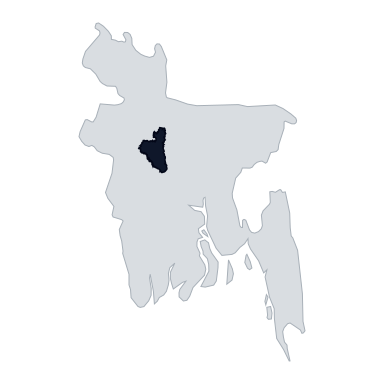 Sirajganj, Rajshahi, Bangladesh shown in context
{"feature_id": "16705992B55394931042500", "entity_name": "Sirajganj", "entity_type": "district", "adm_level": 2, "iso_a3": "BGD", "parent_name": "Bangladesh", "parent_adm1": "Rajshahi", "projection": "natural_earth1", "projection_center": [89.578, 24.399], "detail": "fine", "context": "in_parent", "style": "filled", "palette": "ink", "viewbox_px": 384, "rotation_deg": 0, "n_neighbors": 0, "source": "geoboundaries", "source_scale": "gbopen_adm2", "svg_char_len": 9093}
<svg xmlns="http://www.w3.org/2000/svg" viewBox="0 0 384 384"><path d="M129.0,284.9L129.0,274.3L122.7,253.4L123.0,251.1L121.7,241.0L120.1,235.5L119.3,229.5L123.1,221.0L121.6,219.6L113.1,217.0L112.1,214.8L113.9,206.4L107.9,198.4L105.5,192.5L112.0,173.3L113.6,159.9L113.2,157.4L109.2,154.4L102.2,153.2L97.2,150.7L94.3,146.9L91.9,145.4L88.9,146.5L85.0,145.0L81.7,141.3L79.0,136.7L80.1,131.7L85.3,119.9L87.2,119.6L91.6,121.9L93.2,121.9L96.1,117.2L100.2,103.9L114.4,105.1L117.8,104.7L121.4,103.6L123.3,101.9L124.4,99.8L124.0,98.0L119.7,95.5L118.0,93.6L116.8,88.3L115.5,86.3L107.0,86.0L102.5,83.6L100.1,81.4L95.8,74.1L90.4,68.8L85.3,67.5L83.3,65.8L82.3,63.0L82.9,59.0L85.5,51.4L99.6,34.9L100.0,33.0L99.5,30.9L95.3,28.2L95.1,26.9L96.2,23.5L98.6,23.0L103.4,26.2L108.4,31.3L111.3,35.8L111.4,39.4L115.2,40.1L118.4,41.7L121.8,41.2L123.9,42.1L125.4,41.8L125.9,39.7L123.1,34.5L124.5,32.4L127.7,32.5L130.1,34.4L131.8,38.4L132.1,44.6L135.8,50.3L140.8,54.3L144.8,56.1L149.5,57.4L153.5,56.2L155.5,52.2L154.6,48.7L155.3,45.6L156.9,43.9L159.4,44.0L161.3,46.5L166.8,59.9L165.7,65.9L166.9,82.2L165.5,93.0L166.4,97.1L167.3,97.8L175.6,99.9L187.6,104.1L196.8,105.7L238.4,104.6L247.5,106.6L275.3,105.0L282.9,108.5L291.1,114.1L295.8,118.2L296.6,120.6L296.1,122.6L294.6,123.8L291.7,123.8L285.2,121.1L284.1,121.9L284.0,128.4L278.8,144.5L278.1,149.6L276.2,151.5L270.7,152.6L267.1,162.0L265.6,163.2L262.0,161.1L259.8,161.4L257.0,162.3L254.2,164.5L252.2,167.2L250.0,168.1L242.3,168.0L240.8,172.3L235.7,178.1L232.2,193.3L232.5,197.9L236.9,210.0L239.9,225.8L241.1,227.4L242.5,227.5L242.6,220.3L244.0,219.4L245.8,220.2L249.5,229.9L251.6,232.4L254.8,233.1L258.5,231.6L261.3,228.8L262.4,225.7L261.4,215.1L263.1,210.8L269.4,204.3L270.3,202.4L269.8,191.8L272.2,191.4L275.4,192.3L279.5,189.7L280.7,189.7L282.4,192.4L285.3,191.9L289.7,213.0L290.2,227.8L291.2,236.0L292.8,237.9L297.6,250.3L302.4,293.8L303.0,321.4L305.0,330.8L303.4,332.9L301.9,333.3L300.4,330.0L290.1,323.0L287.6,323.7L284.1,327.8L282.7,331.6L283.4,336.9L284.5,342.1L287.0,345.1L287.2,348.4L290.0,360.9L289.2,361.0L283.6,349.6L276.7,338.5L274.4,318.6L274.2,308.7L269.5,297.1L265.1,277.0L266.9,269.8L263.7,272.9L258.6,260.8L250.5,249.0L248.2,243.7L248.0,238.6L244.6,243.7L239.9,247.4L235.2,252.8L232.0,254.4L221.9,255.4L216.1,248.2L207.7,230.4L206.6,226.4L207.6,215.9L205.6,206.0L205.1,197.3L203.6,198.1L203.0,200.5L203.3,204.2L202.7,207.2L188.7,205.2L194.7,210.4L201.1,211.7L204.4,216.3L204.7,224.1L198.4,228.7L198.9,232.7L202.6,237.4L198.2,238.8L197.0,241.9L196.9,246.4L200.0,253.2L199.4,255.9L204.8,264.8L205.8,269.2L204.5,275.2L193.0,287.5L189.7,296.2L186.9,300.3L183.4,301.0L179.1,296.9L179.0,292.7L179.9,289.3L185.9,281.2L182.6,282.3L173.3,289.0L171.6,283.5L170.4,278.5L170.4,272.3L174.8,263.1L169.8,267.7L168.4,273.4L169.0,280.2L168.3,285.0L166.4,291.3L163.7,295.0L159.3,297.5L157.3,301.2L154.4,303.9L153.4,291.3L150.2,274.2L149.5,277.9L151.2,288.4L151.1,295.3L148.7,300.8L143.9,306.6L140.2,307.4L138.0,306.5L131.1,297.7L130.5,289.4L129.0,284.9ZM213.7,285.1L205.2,287.1L200.9,286.5L208.9,271.2L208.7,264.3L207.4,258.7L203.2,254.2L203.0,251.0L201.2,246.6L200.2,241.5L204.8,239.9L208.5,242.8L209.8,248.6L211.7,253.0L218.1,262.0L218.0,267.5L216.3,281.0L213.7,285.1ZM232.0,280.1L226.8,284.2L228.5,259.9L232.4,269.0L233.4,273.8L232.0,280.1ZM251.9,268.0L249.6,269.7L247.5,268.2L244.8,262.5L246.1,255.3L246.9,254.3L250.2,261.6L251.9,268.0ZM271.4,319.0L268.4,319.3L267.0,317.6L267.6,315.2L266.8,307.3L270.6,306.5L272.0,313.1L271.4,319.0ZM268.0,297.1L265.8,304.9L264.9,301.4L266.4,294.6L268.0,297.1ZM207.0,234.0L207.8,236.6L203.1,233.3L201.8,231.0L203.9,229.8L207.0,234.0Z" fill="#d9dde1" stroke="#a8b0b8" stroke-width="1"/><path d="M143.2,140.7L143.3,140.8L143.2,141.0L143.1,141.5L142.9,141.8L142.8,142.2L142.6,142.3L142.6,142.5L142.4,142.5L142.4,142.8L142.2,142.8L142.3,143.0L142.1,143.2L142.1,143.4L141.9,143.5L141.7,143.8L141.6,144.2L141.3,144.3L141.0,144.7L141.0,144.9L140.8,145.0L140.7,145.2L140.5,145.3L140.4,145.5L140.5,145.6L140.6,145.9L140.6,146.0L140.4,146.0L140.5,146.1L140.3,146.1L140.5,146.2L140.4,146.7L140.2,146.8L140.1,147.2L139.9,147.4L139.5,147.7L139.3,147.6L139.3,147.8L139.2,147.8L139.1,148.0L139.0,147.9L138.9,148.1L138.7,148.5L139.0,148.7L139.4,148.7L139.7,148.4L140.0,148.5L140.2,148.8L140.6,148.9L140.6,149.3L140.5,149.8L140.7,150.0L140.6,150.5L140.7,150.8L140.5,151.2L140.8,151.5L141.0,152.1L141.3,152.0L141.6,152.4L141.9,152.6L142.0,152.9L142.3,152.8L142.9,152.9L142.9,153.0L143.1,153.0L143.1,152.9L143.2,153.0L143.2,152.8L143.5,153.0L143.9,153.1L144.2,152.8L144.5,152.7L144.8,153.0L145.1,153.1L145.1,153.3L145.0,153.6L145.4,153.5L145.8,153.9L146.1,153.7L146.2,154.0L146.1,154.5L146.4,154.6L146.7,154.5L147.1,154.6L147.0,154.9L147.3,154.9L147.1,155.0L147.4,155.3L147.4,155.5L147.2,155.7L147.1,155.8L147.2,156.0L147.0,156.3L147.2,156.9L147.4,157.0L147.3,157.5L147.5,157.5L147.6,157.8L147.4,158.4L147.4,158.8L147.6,158.9L147.7,158.7L148.1,158.7L148.2,158.2L148.3,158.1L148.6,158.0L148.5,157.7L148.9,158.0L149.1,158.1L149.1,158.3L149.3,158.8L149.2,158.9L149.0,159.4L148.9,159.5L149.0,159.8L148.4,159.8L148.5,159.9L148.8,160.1L149.0,159.9L149.5,160.0L149.7,159.9L149.7,159.7L149.8,159.8L150.0,160.0L150.0,160.3L149.8,160.6L149.6,160.6L149.6,160.4L149.3,160.5L149.3,160.3L149.2,160.3L149.3,160.8L149.5,160.9L149.4,161.3L149.5,161.3L149.6,161.5L149.9,161.6L150.0,161.4L150.4,161.5L150.5,161.1L150.4,160.9L150.6,160.7L150.7,160.9L151.1,160.7L151.3,160.8L151.5,161.5L151.8,161.9L152.0,161.8L152.3,162.2L152.1,162.4L151.9,162.4L151.8,162.6L151.9,163.0L152.2,163.2L152.6,163.2L152.8,163.3L152.8,163.6L152.7,163.7L152.4,163.5L152.2,163.6L152.5,164.1L152.4,164.3L152.1,164.4L152.3,164.7L152.4,164.8L152.6,165.2L152.5,165.4L152.6,165.5L152.7,165.8L152.8,165.7L152.9,165.9L153.1,165.9L153.3,165.7L153.3,166.1L153.5,165.8L153.9,166.0L154.2,166.3L154.1,166.6L153.8,166.5L154.0,166.9L154.3,167.0L154.4,166.8L154.7,166.9L155.0,166.9L155.0,167.1L155.5,167.1L155.6,167.4L156.2,167.7L156.2,167.8L156.4,167.8L156.5,167.7L156.6,167.8L157.4,168.6L157.8,168.4L158.9,169.0L159.6,169.7L159.9,169.8L160.1,170.0L159.9,170.2L160.1,171.0L160.0,171.4L160.4,171.2L160.8,171.2L160.9,171.4L160.7,171.4L160.9,171.5L161.0,172.0L161.3,172.2L161.9,172.6L162.0,172.6L162.7,172.2L163.3,172.1L163.7,172.1L164.5,171.8L165.0,171.4L165.0,171.0L165.5,170.9L165.8,170.4L166.5,169.7L166.8,169.2L166.9,168.5L166.9,168.1L166.5,167.0L166.5,165.8L166.7,165.3L166.1,164.7L165.8,164.1L165.1,164.2L164.7,163.7L165.0,163.4L165.6,163.4L165.6,163.2L165.1,161.1L164.9,159.6L165.0,158.9L165.3,158.0L165.2,156.8L165.1,156.5L164.5,155.8L164.3,155.3L164.4,154.4L164.3,154.1L164.0,153.6L163.6,153.2L163.3,152.8L163.4,152.3L164.1,151.5L164.0,150.8L163.1,148.3L163.2,147.6L163.5,146.8L162.9,146.8L163.0,146.4L162.9,145.9L163.2,145.8L163.6,145.2L163.2,145.3L163.1,145.2L163.7,144.2L163.5,143.8L163.3,143.9L163.2,143.7L162.5,143.1L162.7,142.8L163.2,143.0L163.3,142.5L163.0,142.3L163.2,142.2L163.7,142.0L164.2,141.9L164.1,140.8L164.4,140.5L165.0,140.1L165.2,139.9L164.9,139.6L164.8,138.9L164.4,138.4L164.3,138.0L164.0,137.5L164.0,137.0L165.0,136.8L164.9,136.0L165.0,134.7L164.9,134.3L165.3,134.1L165.7,133.7L165.5,133.3L165.2,133.3L165.2,133.1L165.4,133.1L165.2,133.0L165.1,132.7L165.3,132.6L165.3,132.3L165.2,132.2L164.9,132.3L164.8,132.0L164.7,131.9L164.6,131.6L164.4,131.5L164.4,131.1L164.8,131.0L165.1,130.9L165.3,130.4L165.2,130.2L164.6,130.0L164.8,129.8L164.9,129.5L164.8,128.8L164.6,128.5L164.3,128.2L163.7,128.6L162.9,128.1L162.7,128.2L162.8,128.5L162.5,128.9L162.5,128.7L162.4,128.4L162.2,128.4L161.9,128.1L161.4,127.9L160.6,127.8L159.8,127.6L159.6,127.8L159.6,128.5L159.5,129.0L159.1,129.3L159.2,129.7L158.7,129.8L158.9,130.8L158.5,131.0L158.2,131.4L157.8,131.5L158.1,131.9L158.2,132.4L157.7,132.8L157.1,133.4L156.8,133.1L156.6,133.3L156.6,133.2L156.5,133.4L156.5,133.2L156.3,133.3L156.2,133.0L156.2,132.8L155.8,132.7L155.7,132.4L154.7,132.5L154.5,132.9L154.4,132.9L154.2,132.5L154.2,131.9L153.8,132.2L153.7,132.6L153.9,132.9L154.1,132.9L154.1,133.1L153.9,133.4L153.9,133.7L153.7,133.7L153.5,133.8L153.5,134.1L153.7,134.4L153.5,134.6L153.3,135.2L153.4,135.3L153.9,135.3L154.0,135.2L154.1,135.3L153.8,135.6L153.7,136.0L154.0,136.8L153.8,137.1L153.5,136.9L153.5,137.3L153.9,137.4L154.5,137.1L154.8,137.3L155.1,137.1L155.4,137.5L155.7,137.7L156.1,138.0L156.1,138.4L155.9,138.7L156.2,139.3L156.1,139.6L156.0,139.8L156.2,140.1L156.0,140.6L155.7,140.8L155.5,141.0L155.4,140.9L155.3,141.1L155.0,141.1L154.9,141.3L154.8,141.2L154.8,141.4L154.7,141.3L154.4,141.5L154.3,141.4L154.2,141.1L153.8,141.0L153.7,141.1L153.7,141.4L153.3,141.4L153.3,141.1L153.0,141.1L152.7,140.5L152.4,141.0L152.5,141.2L152.6,141.4L152.4,141.6L152.0,142.1L152.2,141.6L152.2,141.2L151.5,140.9L151.2,140.9L151.0,141.1L150.6,141.0L150.4,140.9L149.7,141.2L149.8,141.6L149.5,141.6L149.4,141.5L149.1,141.7L148.9,141.7L148.9,141.4L147.7,141.2L147.5,140.9L147.4,140.6L146.7,140.6L146.6,141.0L146.3,141.2L145.9,141.2L145.9,140.9L145.4,140.8L145.3,141.0L145.1,141.0L144.8,141.0L144.6,140.8L144.4,140.9L144.3,140.7L144.1,140.9L143.9,140.7L143.5,140.8L143.5,140.5L143.3,140.5L143.2,140.7Z" fill="#0f172a" stroke="#020617" stroke-width="1.5"/></svg>